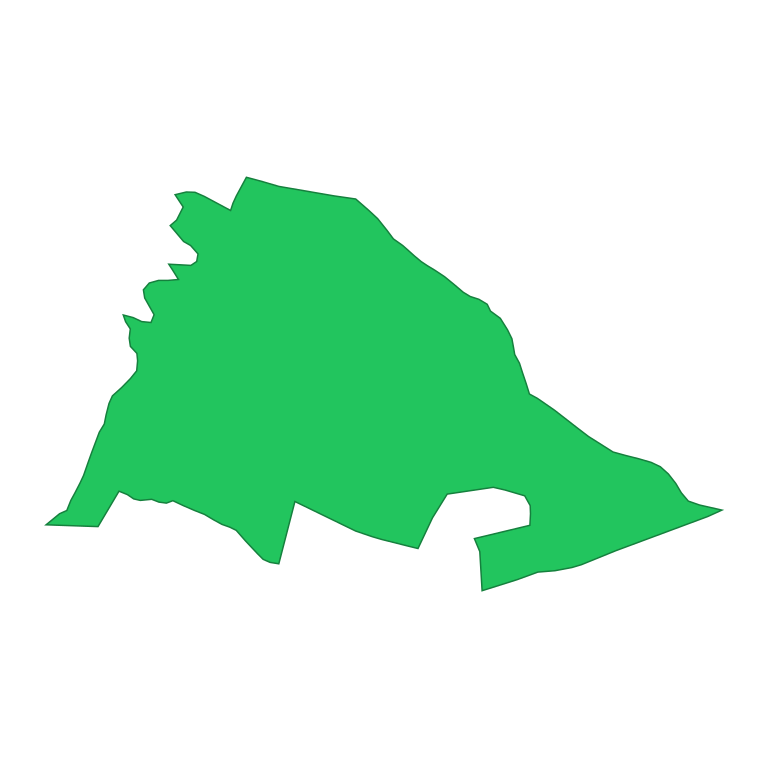 Dagoretti, Nairobi, Kenya (orthographic projection)
{"feature_id": "3690345B98870582025559", "entity_name": "Dagoretti", "entity_type": "district", "adm_level": 2, "iso_a3": "KEN", "parent_name": "Kenya", "parent_adm1": "Nairobi", "projection": "orthographic", "projection_center": [36.712, -1.281], "detail": "fine", "context": "isolated", "style": "filled", "palette": "green", "viewbox_px": 768, "rotation_deg": 0, "n_neighbors": 0, "source": "geoboundaries", "source_scale": "gbopen_adm2", "svg_char_len": 1873}
<svg xmlns="http://www.w3.org/2000/svg" viewBox="0 0 768 768"><path d="M377.7,218.7L369.0,210.6L355.7,199.0L334.1,195.9L278.8,186.4L263.1,181.8L253.6,179.2L246.4,177.3L236.3,196.0L233.0,203.2L230.6,210.5L204.3,196.4L195.0,192.3L186.3,192.0L175.1,194.7L179.5,201.4L183.2,207.0L176.6,220.1L170.2,225.6L183.6,241.5L190.6,245.5L198.0,253.9L196.7,261.5L190.9,265.4L181.8,264.9L168.8,264.2L172.7,270.2L178.5,279.5L168.1,280.4L158.6,280.4L149.3,283.0L143.4,289.8L144.7,298.0L154.1,314.7L151.0,322.5L141.7,321.6L133.2,317.6L123.3,315.0L125.6,321.7L130.3,328.9L129.2,338.2L130.4,346.4L136.9,353.4L137.6,360.8L136.7,370.8L130.3,378.7L121.7,387.5L112.4,395.9L109.0,403.5L106.1,414.9L104.3,424.0L99.3,432.2L91.4,453.3L88.1,462.5L83.6,475.4L80.1,482.9L74.9,493.0L70.9,500.3L66.8,510.5L59.6,513.7L46.1,524.8L98.0,526.6L119.0,491.2L127.4,494.6L133.7,498.9L140.3,500.4L151.7,499.3L158.9,502.1L166.4,503.1L172.9,500.7L183.5,505.7L194.6,510.5L204.5,514.4L214.1,520.1L222.0,524.4L229.6,527.1L236.2,530.3L245.4,540.8L257.5,553.7L263.2,559.4L270.1,562.4L278.8,563.8L294.9,501.5L355.8,531.1L372.3,536.7L381.5,539.4L408.5,546.2L418.0,548.5L432.5,517.8L447.2,494.1L493.3,487.3L505.0,490.0L524.7,495.8L530.2,505.6L530.5,513.8L529.9,525.3L474.4,538.6L479.8,551.6L482.1,590.7L517.0,579.7L537.8,572.1L555.0,570.7L572.0,567.5L581.4,564.7L615.8,550.7L707.8,516.5L721.9,510.1L699.5,505.0L688.3,501.1L681.3,492.8L675.8,483.5L668.4,474.0L660.4,466.8L651.2,462.4L638.8,458.8L625.7,455.5L613.0,452.0L588.5,436.5L577.9,428.4L554.5,410.2L537.3,398.3L529.4,394.0L526.2,383.7L522.4,372.4L519.5,363.3L514.7,354.5L513.5,347.4L511.9,338.7L507.5,329.8L500.3,318.3L490.5,311.1L487.2,304.3L478.9,299.3L470.2,296.5L463.3,292.3L453.5,284.0L444.7,276.8L435.1,270.4L427.2,265.6L421.2,261.6L414.6,256.1L408.8,250.9L402.7,245.5L393.4,238.9L386.8,230.1L377.7,218.7Z" fill="#22c55e" stroke="#15803d" stroke-width="1.5"/></svg>